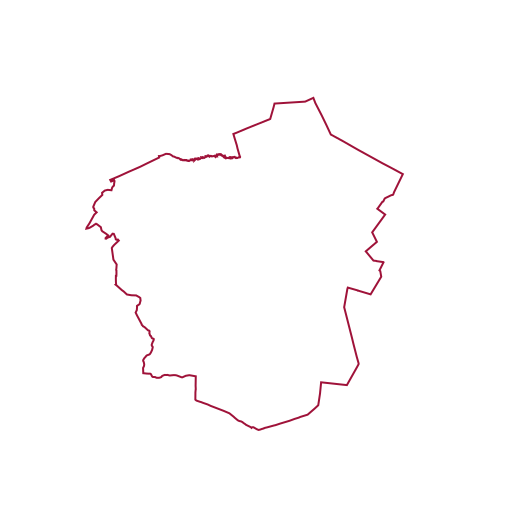 Jamu Mare, Timis, Romania (Mercator projection), rotated 136°
{"feature_id": "2599482B47669002074547", "entity_name": "Jamu Mare", "entity_type": "district", "adm_level": 2, "iso_a3": "ROU", "parent_name": "Romania", "parent_adm1": "Timis", "projection": "mercator", "projection_center": [21.475, 45.269], "detail": "fine", "context": "isolated", "style": "outline", "palette": "rose", "viewbox_px": 512, "rotation_deg": 136, "n_neighbors": 0, "source": "geoboundaries", "source_scale": "gbopen_adm2", "svg_char_len": 6080}
<svg xmlns="http://www.w3.org/2000/svg" viewBox="0 0 512 512"><g transform="rotate(136 256 256)"><path d="M107.1,324.7L104.9,329.9L113.4,332.9L136.8,352.8L140.0,350.8L150.6,344.7L173.8,354.1L184.9,358.4L187.5,359.5L189.6,355.5L192.9,349.0L194.6,346.2L198.0,339.8L198.6,338.3L198.9,338.1L199.1,338.1L199.4,338.4L199.5,338.9L201.3,339.4L201.6,339.7L201.7,340.1L202.0,340.0L202.5,340.5L202.4,342.1L202.8,342.4L203.4,342.3L203.6,342.5L203.8,343.1L204.1,343.3L205.0,342.8L205.4,342.9L205.4,343.3L205.1,343.9L205.3,344.5L205.7,344.9L205.9,345.2L206.2,345.4L206.5,345.1L206.8,344.6L207.0,345.1L207.4,345.0L207.6,345.3L207.5,345.6L208.0,346.0L208.4,346.4L209.8,347.2L209.5,347.9L209.7,348.1L210.1,348.2L210.4,348.5L210.5,349.2L209.8,349.3L209.1,348.9L209.1,349.4L208.7,349.8L209.2,350.2L210.1,349.7L209.6,350.5L210.2,350.8L210.2,350.6L210.4,350.6L210.8,351.7L210.4,351.8L210.5,352.3L210.4,352.5L210.8,353.2L211.2,353.4L210.7,353.9L211.7,354.7L211.7,354.9L212.2,355.2L212.1,354.9L212.6,354.8L213.0,355.1L213.0,355.4L213.3,355.5L213.4,355.3L213.9,355.1L214.2,355.6L214.1,356.1L215.0,355.9L214.9,355.6L214.6,355.6L214.9,354.9L215.2,355.3L215.6,355.1L215.9,355.2L215.9,355.7L216.3,355.6L216.2,356.1L216.1,356.7L216.7,356.7L217.0,357.1L217.1,357.4L217.8,357.9L218.2,358.0L218.6,358.3L218.6,358.9L218.9,359.4L219.5,359.5L219.6,359.8L220.1,359.8L220.2,360.7L220.5,360.5L220.5,361.2L220.7,361.5L221.0,361.0L221.8,362.0L221.7,361.7L222.5,361.7L222.6,362.2L222.5,362.6L222.9,362.9L223.3,362.2L224.4,362.6L224.9,362.4L225.3,362.8L225.4,363.8L225.5,364.0L226.0,363.8L226.3,364.5L226.6,364.9L226.9,364.1L227.4,364.7L228.4,364.7L228.8,365.3L229.2,366.0L229.5,365.6L229.4,365.2L229.5,365.0L230.3,365.4L230.1,365.7L230.4,366.0L230.7,366.0L230.7,366.6L231.1,366.5L231.3,367.1L231.0,367.3L231.3,367.6L231.4,367.3L231.8,367.8L232.2,368.1L232.7,367.5L233.5,367.5L233.2,367.7L233.1,368.2L233.4,368.1L233.7,368.4L234.5,368.1L234.7,368.3L234.4,368.4L234.3,369.2L234.8,369.2L234.7,369.9L234.9,370.0L235.1,369.7L235.6,369.8L235.5,370.2L235.6,370.6L235.9,370.8L236.3,370.4L237.3,370.6L237.5,370.8L238.0,370.8L238.1,371.1L238.3,371.0L238.9,371.6L239.1,372.2L239.0,372.5L239.2,372.8L239.3,373.0L239.6,372.9L239.8,373.3L239.6,373.6L240.4,374.4L240.8,374.3L241.0,374.6L241.0,374.9L241.3,375.0L241.7,375.3L241.9,375.4L241.9,375.6L241.7,375.6L241.8,375.9L242.2,376.0L242.3,376.5L242.6,376.7L242.7,377.2L243.0,377.2L243.1,377.5L243.2,377.9L243.4,377.9L243.4,378.1L243.1,378.3L243.3,378.5L243.6,380.1L244.2,380.6L244.1,380.9L244.3,381.2L244.5,381.3L244.9,381.7L245.9,384.5L246.5,385.2L246.8,387.4L247.4,389.3L249.1,391.3L249.9,392.1L253.4,393.4L255.6,394.6L256.4,395.3L257.2,394.1L270.3,398.4L277.2,400.6L289.3,405.1L298.4,408.3L308.0,412.0L308.5,410.2L305.4,409.0L305.7,408.2L306.7,407.4L307.7,406.7L308.9,405.6L309.4,405.3L310.8,405.4L312.2,405.0L314.3,403.7L316.7,406.6L319.3,408.1L322.8,408.4L324.1,406.7L328.8,406.7L334.1,406.5L338.8,404.5L339.4,403.8L339.4,402.6L340.6,401.2L340.3,398.1L343.7,398.1L353.1,395.2L358.0,394.1L359.0,393.5L356.9,392.2L355.8,391.8L352.0,390.9L350.6,390.8L349.4,390.5L349.2,390.3L348.7,390.3L348.6,389.7L348.3,389.3L347.6,384.5L349.2,381.9L349.4,380.6L348.4,376.2L348.0,373.5L351.7,373.4L352.1,373.0L351.7,372.5L350.1,372.3L348.7,371.7L347.8,371.2L343.7,371.7L342.9,370.7L344.6,366.4L345.3,365.4L345.1,364.6L343.9,363.8L344.0,362.4L350.1,362.5L352.7,362.3L354.2,361.9L361.1,352.4L362.1,346.7L365.0,344.1L366.3,343.1L366.4,342.6L368.4,340.5L369.7,339.2L370.3,338.7L370.6,339.0L372.7,336.9L375.0,334.4L376.3,332.8L376.9,332.9L376.7,331.6L376.2,324.6L375.8,322.4L375.6,318.0L372.9,314.3L369.6,310.9L368.6,307.6L368.4,306.2L370.0,304.1L371.6,303.2L372.8,302.4L373.6,302.3L376.2,302.8L376.7,302.4L376.8,302.1L379.3,299.9L381.9,298.9L382.9,295.8L385.5,286.7L386.0,285.8L385.9,284.8L386.1,284.0L385.6,282.4L385.5,281.5L385.3,277.5L384.7,276.5L384.7,276.2L384.9,275.7L386.5,274.4L386.7,273.6L387.1,273.1L387.3,272.6L387.4,272.1L387.2,271.3L387.9,269.5L387.9,269.0L387.2,267.6L387.2,267.3L387.4,267.1L388.4,266.4L390.3,265.8L392.7,264.6L393.1,264.1L393.3,263.6L393.3,262.9L393.5,262.3L393.8,262.0L396.0,260.6L398.6,259.6L400.3,259.2L401.0,259.2L403.5,260.3L404.2,260.4L405.3,260.2L407.2,260.1L408.8,259.7L409.4,259.5L410.0,259.0L410.5,257.5L410.8,257.1L411.4,256.1L412.0,255.4L413.1,254.6L415.0,253.9L418.5,250.0L415.9,246.9L413.9,244.9L413.8,244.6L413.7,244.2L413.7,243.8L414.3,242.0L414.4,241.0L414.2,240.6L413.6,240.0L412.8,239.1L412.5,238.7L412.3,237.8L411.9,237.2L410.3,235.7L409.2,235.1L408.2,234.7L407.2,234.9L406.5,234.8L404.3,233.9L403.2,232.7L402.3,232.0L401.3,230.3L401.0,229.9L398.3,227.8L396.6,226.1L395.9,225.0L393.8,220.5L393.3,219.9L389.7,218.6L387.2,216.9L386.6,216.4L382.9,211.3L389.6,204.6L391.9,202.0L392.0,202.0L394.3,200.0L399.4,194.8L399.4,194.2L399.2,193.2L397.6,190.1L397.0,189.1L396.0,186.9L393.9,182.8L392.7,179.6L391.7,177.5L386.8,167.0L384.4,161.3L383.7,155.7L383.7,154.8L383.3,151.1L383.1,150.0L382.6,148.8L382.2,148.2L381.7,147.6L381.6,147.1L381.2,146.2L381.1,145.6L381.0,144.5L380.5,142.3L380.5,141.6L379.3,138.3L378.7,136.6L378.6,135.5L378.2,135.6L377.8,135.5L377.3,135.1L376.8,134.6L375.8,131.0L375.0,129.1L373.7,128.3L371.5,127.3L371.0,126.9L370.3,126.8L369.6,126.3L369.0,126.2L367.2,125.1L360.8,121.6L359.5,120.8L355.1,118.7L346.4,114.2L341.4,112.0L337.3,109.9L337.0,109.9L335.8,109.4L329.1,106.0L319.9,105.5L314.9,105.4L305.6,112.5L296.9,119.9L280.3,100.0L260.2,106.0L257.7,106.8L257.1,107.1L256.6,107.8L253.5,113.6L249.4,120.8L246.9,125.2L244.2,129.8L228.1,158.0L227.9,158.1L213.2,168.8L211.9,169.5L207.1,161.2L206.6,160.3L206.7,160.2L206.4,159.8L200.2,148.8L180.3,154.1L177.1,158.8L177.2,159.9L168.6,162.9L168.6,163.1L172.8,168.5L172.9,168.9L174.7,171.1L173.8,183.1L159.2,182.2L156.0,192.3L134.3,196.1L135.9,205.7L134.8,205.8L127.4,207.2L126.6,206.8L123.6,207.9L123.1,207.9L121.4,207.4L120.6,207.1L117.4,206.1L116.3,205.7L115.1,204.9L114.8,204.9L114.4,205.0L112.4,206.0L93.5,212.9L98.0,227.0L100.6,234.8L103.6,244.6L108.7,261.1L110.4,266.9L113.8,278.6L117.8,291.4L114.4,301.3L111.1,311.4L107.1,324.7Z" fill="none" stroke="#9f1239" stroke-width="2"/></g></svg>